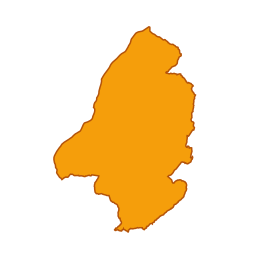 Cantá, Roraima, Brazil, rotated 9°
{"feature_id": "56859067B96809433699135", "entity_name": "Cantá", "entity_type": "district", "adm_level": 2, "iso_a3": "BRA", "parent_name": "Brazil", "parent_adm1": "Roraima", "projection": "natural_earth1", "projection_center": [-60.462, 2.296], "detail": "fine", "context": "isolated", "style": "filled", "palette": "amber", "viewbox_px": 256, "rotation_deg": 9, "n_neighbors": 0, "source": "geoboundaries", "source_scale": "gbopen_adm2", "svg_char_len": 5925}
<svg xmlns="http://www.w3.org/2000/svg" viewBox="0 0 256 256"><g transform="rotate(9 128 128)"><path d="M92.4,103.1L92.6,105.0L92.4,105.9L92.0,107.0L91.3,107.9L90.8,109.9L90.8,111.7L91.0,112.2L90.7,112.9L92.0,114.2L92.3,115.1L92.5,116.4L92.4,118.2L91.5,122.0L91.4,123.7L91.0,124.9L89.8,126.4L87.2,128.3L84.8,129.5L84.1,130.0L83.4,131.5L82.0,136.8L81.3,138.5L76.9,142.1L75.3,144.0L74.1,145.8L70.6,149.1L67.2,152.1L65.2,154.4L64.3,156.6L63.4,158.0L61.3,162.3L60.3,165.2L59.7,167.2L59.5,168.8L59.8,170.9L60.7,173.5L61.1,174.3L61.9,175.4L62.4,177.0L62.7,178.4L64.2,179.9L64.5,180.6L64.5,183.1L64.8,183.7L65.4,184.5L65.9,184.9L66.8,186.0L67.3,186.4L67.9,187.2L68.9,187.8L69.6,188.0L70.8,189.3L72.7,187.2L74.3,186.1L74.9,186.2L76.2,186.0L76.6,185.7L78.2,182.8L78.7,182.5L79.7,182.6L80.5,182.4L81.9,183.2L82.4,183.4L85.8,182.8L86.7,182.5L87.1,183.0L88.1,182.9L89.0,182.5L90.4,182.6L90.9,182.5L92.1,182.8L93.2,182.7L93.6,182.1L94.7,181.9L95.4,181.4L97.1,180.7L97.6,181.0L98.1,181.1L98.8,181.0L99.3,180.7L99.6,179.9L106.6,179.9L106.6,180.9L106.0,182.9L105.3,184.3L105.0,185.4L103.9,187.2L104.0,188.3L103.8,189.0L103.9,191.1L104.3,191.6L104.6,193.4L105.5,196.4L107.0,197.8L108.3,197.6L109.3,198.0L111.8,197.0L112.9,197.1L113.6,197.4L116.7,197.7L117.8,198.0L119.8,197.7L122.3,202.6L122.8,202.6L124.3,203.7L125.5,203.6L126.7,204.5L128.8,205.1L129.6,205.7L130.1,206.6L130.3,207.3L131.2,208.2L131.6,209.0L131.8,210.7L131.4,213.2L131.8,214.7L132.0,216.5L132.7,217.5L133.1,218.2L133.5,218.6L134.3,218.5L134.2,219.0L135.0,220.3L135.1,220.8L135.5,221.0L136.1,221.7L136.4,223.0L136.1,223.9L135.6,224.2L135.6,224.8L135.1,225.2L134.7,226.0L133.8,226.7L133.3,227.5L133.0,228.2L132.3,228.7L131.7,228.7L130.7,230.7L131.4,231.2L132.0,231.1L132.4,230.5L133.0,230.5L133.6,230.2L134.5,230.2L134.9,230.6L135.7,230.8L136.1,230.6L136.7,230.8L137.8,230.7L138.3,229.4L138.8,229.3L139.2,228.8L139.3,228.2L139.7,228.8L140.1,229.0L141.2,229.2L141.9,229.7L142.8,229.8L144.0,230.6L144.5,230.6L144.7,229.6L144.5,228.8L145.5,227.7L145.8,227.2L146.4,226.8L146.8,227.1L147.7,226.7L148.4,226.9L150.4,226.1L151.1,226.0L152.1,225.4L152.6,225.3L153.0,224.9L153.9,225.1L155.2,224.6L157.1,224.3L157.7,224.3L157.9,225.0L159.5,225.8L160.1,225.8L160.4,225.1L161.1,224.2L161.8,224.0L162.0,223.3L161.8,222.8L162.1,222.1L162.9,222.0L163.3,221.7L164.8,219.2L165.9,218.7L166.4,218.6L167.0,218.9L166.9,218.3L167.9,217.1L168.6,216.9L168.8,216.3L168.8,215.4L169.4,214.7L170.1,214.6L170.5,214.2L171.1,212.8L171.6,212.6L172.4,211.7L173.5,210.0L174.0,209.9L174.3,209.4L175.9,208.5L176.7,208.2L177.4,206.5L177.9,206.2L178.4,205.6L179.0,205.1L179.2,204.4L180.3,203.3L181.7,202.4L182.4,201.6L183.1,201.4L183.2,200.6L184.2,200.2L185.1,199.0L185.2,198.3L185.4,197.9L185.5,196.8L186.5,195.9L187.0,195.9L189.2,193.3L189.1,192.8L189.6,192.2L190.4,191.6L190.6,191.1L191.3,190.7L192.0,189.7L192.3,189.1L193.2,188.2L193.5,187.5L193.9,187.1L193.8,186.2L194.5,183.3L194.5,182.4L195.2,180.9L195.4,179.9L195.3,178.5L194.9,178.3L194.7,176.8L194.9,176.0L194.8,175.0L193.9,173.2L193.2,173.0L193.0,172.5L192.6,172.2L191.0,171.8L190.5,171.6L189.3,171.8L188.8,171.2L187.7,171.0L187.2,171.2L186.7,171.1L185.6,171.8L185.0,171.7L184.4,172.4L183.9,172.5L182.4,174.2L182.0,175.2L181.1,175.4L180.1,174.5L179.6,173.2L179.1,172.3L174.9,169.7L176.0,168.3L176.7,168.3L177.4,167.8L177.8,167.6L178.4,166.8L179.4,165.2L180.5,162.3L182.0,160.9L184.8,155.7L185.2,155.3L185.9,153.6L186.9,153.0L187.8,153.2L188.7,153.0L189.8,153.9L190.3,153.4L191.2,154.0L191.7,153.9L192.3,154.1L193.1,153.7L194.0,152.8L195.3,151.7L195.5,151.0L195.6,149.7L196.3,148.7L196.5,147.0L196.2,146.3L195.6,147.3L194.9,147.7L194.4,147.4L194.5,143.9L194.8,140.9L194.3,139.3L194.0,137.7L193.3,137.6L191.7,138.2L191.4,137.4L190.9,136.7L190.0,136.5L189.4,137.9L188.9,137.8L188.1,137.1L187.9,136.5L187.8,135.4L188.3,133.0L188.3,132.4L188.0,131.0L188.1,130.1L188.0,128.0L187.6,126.9L187.6,126.3L188.6,126.4L189.0,126.6L189.3,126.2L191.9,120.4L192.4,119.7L193.2,119.8L193.4,119.2L193.4,118.3L193.6,117.4L193.2,116.8L192.6,116.4L192.3,115.9L192.1,114.4L192.3,112.8L191.7,112.0L190.7,111.7L190.1,111.7L189.6,111.3L188.9,109.9L189.0,109.1L189.5,107.7L189.3,107.0L189.1,105.6L188.7,104.3L188.6,103.3L188.9,102.3L189.6,101.6L189.3,100.3L189.4,98.5L189.5,97.5L189.3,96.1L189.5,95.4L188.7,94.1L189.0,93.1L188.8,91.9L188.9,91.4L188.6,90.3L188.8,89.3L189.2,88.7L189.1,88.1L188.8,87.0L189.5,84.9L188.2,84.3L187.5,83.1L187.1,82.9L186.7,82.4L185.8,81.7L185.0,80.4L184.5,79.1L184.8,78.6L184.9,77.4L185.1,76.8L185.8,76.3L185.4,75.7L183.9,74.9L183.4,74.3L182.9,74.1L182.5,74.3L180.8,73.6L180.3,74.2L179.7,74.2L179.2,73.9L178.8,73.3L178.2,73.1L177.9,72.4L176.9,71.4L176.4,70.7L175.5,70.0L175.1,69.6L173.9,69.4L173.8,68.7L173.4,68.3L172.7,67.9L172.1,67.8L172.0,67.2L171.7,66.5L171.0,66.4L170.1,66.6L168.2,67.7L168.1,67.2L165.5,67.0L165.0,66.8L163.7,67.4L162.4,67.5L161.9,67.2L161.5,67.3L160.7,68.0L159.5,68.0L159.1,67.8L158.7,67.9L158.1,67.6L157.3,67.9L156.8,67.2L157.1,66.7L157.7,66.2L158.5,66.0L159.0,65.6L159.3,64.6L159.7,64.0L160.5,63.0L162.0,60.7L163.7,59.8L164.2,59.3L164.9,59.1L166.1,57.4L166.5,56.4L166.4,53.4L167.0,51.9L167.3,50.2L167.7,49.6L169.0,48.6L169.2,47.8L168.8,46.5L168.2,46.7L167.7,46.3L167.0,44.5L166.9,43.6L166.1,42.5L165.2,42.1L165.0,40.9L164.5,40.4L163.2,40.4L162.6,40.2L161.5,39.3L160.5,39.0L159.2,38.3L157.9,38.7L155.8,38.3L154.8,37.5L154.1,37.4L153.7,36.6L151.6,35.6L151.1,35.1L150.2,35.0L149.7,35.4L149.0,35.5L145.6,33.5L144.4,33.1L143.6,33.3L141.7,32.8L141.1,32.3L139.6,31.4L137.5,30.9L134.7,29.1L134.4,28.6L133.9,25.4L133.6,24.9L132.8,24.8L127.6,29.6L126.9,30.1L123.1,31.5L121.8,32.4L120.8,33.3L117.5,39.5L117.3,40.3L117.0,43.5L116.4,45.2L115.8,46.4L115.4,48.0L113.8,52.1L113.1,53.2L110.0,55.7L108.5,57.5L106.1,61.2L102.6,65.4L101.6,67.0L100.9,68.6L100.2,71.0L99.0,73.5L96.4,78.4L95.4,80.7L94.2,83.9L94.6,86.2L94.5,88.8L94.0,92.2L93.6,96.2L93.8,98.2L93.6,99.9L93.1,101.5L92.4,103.1Z" fill="#f59e0b" stroke="#b45309" stroke-width="1.5"/></g></svg>